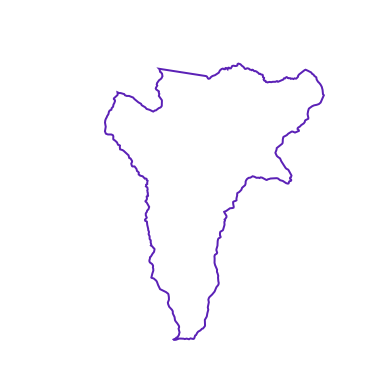 outline of El Águila, Valle del Cauca, Colombia, rotated 195°
{"feature_id": "7082276B1381167873192", "entity_name": "El Águila", "entity_type": "district", "adm_level": 2, "iso_a3": "COL", "parent_name": "Colombia", "parent_adm1": "Valle del Cauca", "projection": "orthographic", "projection_center": [-76.062, 4.938], "detail": "fine", "context": "isolated", "style": "outline", "palette": "violet", "viewbox_px": 384, "rotation_deg": 195, "n_neighbors": 0, "source": "geoboundaries", "source_scale": "gbopen_adm2", "svg_char_len": 6084}
<svg xmlns="http://www.w3.org/2000/svg" viewBox="0 0 384 384"><g transform="rotate(195 192 192)"><path d="M171.6,44.8L171.1,44.5L169.3,45.1L166.6,47.0L165.4,47.4L162.2,48.1L160.9,48.1L159.2,49.0L156.8,49.0L155.6,50.2L153.4,50.3L152.5,50.5L152.0,51.1L151.8,54.2L151.0,55.0L150.6,57.1L149.9,58.7L148.1,60.5L147.0,62.4L146.0,63.1L144.9,65.6L144.9,66.6L146.5,71.8L145.5,75.5L145.8,78.8L145.8,82.4L146.9,84.7L147.2,89.9L148.3,92.1L148.3,93.8L147.9,95.1L146.0,98.2L144.4,101.7L143.8,106.3L142.6,109.0L142.5,110.1L142.7,111.2L143.5,112.7L144.7,116.1L145.0,117.9L146.3,120.1L147.1,121.1L147.4,121.9L147.7,123.5L150.8,127.4L151.9,129.4L152.9,133.5L153.7,135.8L153.6,137.2L152.1,139.0L152.0,139.9L153.4,142.1L153.6,143.0L153.5,146.7L154.5,151.3L154.6,153.2L154.3,154.1L153.2,155.1L152.7,155.9L153.0,156.6L153.6,157.1L153.9,157.9L154.3,159.3L154.4,160.5L154.2,161.1L152.5,162.8L152.2,163.4L152.1,168.7L153.0,171.5L152.7,172.9L153.4,173.9L152.8,174.7L152.2,176.8L152.6,177.9L155.6,180.8L155.8,181.2L154.1,182.5L151.1,186.1L148.5,187.1L147.8,187.7L147.9,188.6L149.1,191.1L149.7,192.9L149.3,193.6L147.5,194.8L146.9,195.5L147.4,197.4L147.5,200.5L147.9,201.7L147.9,202.7L146.4,204.2L145.3,206.1L144.9,206.9L144.7,209.1L142.5,212.3L142.4,213.8L142.9,216.1L142.7,217.4L142.2,218.8L141.0,220.3L139.3,221.0L137.5,222.9L135.6,222.9L133.5,222.4L131.6,223.0L130.3,223.0L129.7,223.8L129.1,223.9L128.0,224.0L123.3,222.9L122.6,223.2L122.1,223.8L119.5,225.4L113.7,227.3L112.5,227.3L109.9,226.2L107.2,226.2L103.3,224.9L101.7,224.9L101.0,225.2L100.9,225.5L100.9,226.9L100.6,227.7L99.6,228.1L99.2,228.8L99.5,229.7L100.6,230.1L100.9,230.6L100.9,231.4L100.2,232.1L100.2,233.7L104.3,238.0L105.0,238.5L106.9,238.9L108.0,239.6L113.7,244.8L115.6,247.2L118.3,248.2L119.5,248.9L121.5,251.3L121.6,251.6L121.3,254.6L121.5,256.4L117.5,261.8L117.2,262.6L117.3,263.7L117.9,266.3L118.0,268.5L117.8,269.0L115.2,271.4L114.1,273.3L111.4,276.1L110.3,276.4L107.9,276.1L104.6,278.6L104.7,279.2L106.4,280.2L106.4,281.1L106.1,281.7L104.6,283.3L103.9,284.8L101.8,287.2L101.2,288.7L101.3,289.9L101.0,290.7L98.7,292.8L98.8,293.7L100.5,297.1L100.8,300.3L100.7,302.8L98.1,306.0L96.5,307.3L94.1,308.5L92.2,309.8L90.9,311.7L89.7,319.6L90.8,320.4L92.3,324.4L93.9,327.2L95.7,329.1L97.8,330.6L98.7,331.0L100.7,332.9L101.6,334.9L104.0,335.9L105.1,336.9L106.3,337.1L107.8,338.3L111.4,339.1L113.9,339.5L114.8,338.8L119.1,333.1L119.6,331.6L119.4,330.8L120.5,328.7L120.9,328.4L122.4,328.3L123.2,327.4L124.8,327.5L125.8,326.9L126.4,327.3L126.9,327.3L127.6,327.0L128.1,327.1L128.3,326.9L129.0,326.9L130.2,327.5L131.4,326.5L131.6,325.8L132.6,325.5L132.9,324.3L137.3,320.8L137.7,320.7L138.6,321.1L140.0,320.0L142.4,319.4L143.9,318.6L145.6,318.4L147.5,317.4L147.8,317.5L149.0,317.4L149.8,318.4L150.6,318.2L151.3,318.5L152.0,319.4L151.8,320.2L151.9,320.9L153.2,321.4L153.8,323.1L154.2,323.5L155.7,323.4L156.7,323.8L157.6,323.4L158.9,324.3L159.9,324.5L160.6,325.0L162.1,325.2L162.9,324.9L163.5,325.0L164.7,325.7L165.3,325.7L165.8,325.1L166.7,325.3L167.8,325.2L169.0,325.8L170.3,325.9L171.2,325.5L171.9,324.8L172.8,324.7L174.7,326.2L176.6,326.9L177.8,327.7L178.7,328.0L180.5,328.0L181.1,327.3L181.0,325.9L181.7,325.3L183.0,324.8L184.4,324.8L185.7,324.2L186.5,321.5L187.5,321.2L188.1,321.5L188.5,321.1L188.7,321.5L189.0,321.5L189.6,320.8L189.5,319.8L191.0,320.6L191.4,320.6L191.8,320.3L191.9,319.2L192.9,318.9L194.1,319.2L195.3,318.4L196.5,316.6L197.0,314.2L200.0,310.8L202.3,309.3L203.5,307.8L204.1,306.4L205.1,305.7L205.9,305.8L207.4,307.3L208.5,307.6L255.7,302.5L254.9,302.0L254.6,301.1L253.9,299.8L252.7,299.5L252.2,298.9L251.6,298.6L250.5,296.2L250.9,294.0L251.6,292.8L252.7,291.5L253.9,288.3L253.9,286.7L253.1,285.8L253.8,283.4L253.8,282.6L253.1,281.8L250.0,280.6L249.8,279.3L249.0,278.4L248.9,276.2L245.1,273.1L244.7,272.5L243.5,267.4L243.8,266.4L244.3,265.5L245.8,264.4L248.0,261.5L249.0,261.1L250.2,259.7L250.8,259.7L254.2,260.4L257.4,260.5L259.1,261.7L263.0,262.8L264.1,264.0L266.9,264.7L271.7,266.9L273.3,268.0L277.6,268.5L279.9,267.9L281.8,268.1L282.8,269.0L286.5,269.1L288.1,268.7L289.8,269.0L289.1,267.4L289.1,266.3L291.7,262.2L291.5,261.5L290.2,260.7L289.9,259.9L290.1,257.6L290.5,256.1L290.3,254.0L291.3,252.1L291.2,250.6L292.6,249.4L293.0,248.0L292.9,245.5L293.7,243.0L293.7,241.9L294.1,240.8L294.3,238.8L294.0,236.5L292.2,232.7L291.8,228.1L290.5,226.3L290.1,226.0L288.3,225.8L284.6,226.7L283.0,226.3L282.4,225.4L281.8,222.9L281.5,222.4L279.5,221.7L277.3,220.5L275.7,218.5L274.0,218.4L273.6,218.2L273.4,216.8L272.5,214.6L270.0,214.5L268.7,214.1L262.8,211.0L261.5,208.7L261.2,208.5L260.3,208.6L259.5,208.0L257.9,206.4L257.7,205.6L258.0,203.6L257.3,202.4L256.5,201.4L255.8,201.3L254.4,201.8L253.9,201.7L251.6,199.9L250.6,198.1L249.3,197.6L248.4,197.0L248.2,195.5L248.0,195.1L247.1,194.9L246.9,194.6L246.4,194.4L243.7,194.4L241.0,192.7L240.2,193.1L239.2,192.8L238.7,191.7L237.8,191.4L237.7,189.5L237.3,188.1L238.2,187.2L237.9,186.2L238.0,185.5L236.3,184.8L235.5,183.0L235.6,181.8L235.2,181.3L235.0,180.4L234.3,179.5L234.2,178.3L233.8,177.9L233.5,177.2L233.6,176.5L234.4,176.3L234.6,175.9L233.7,173.6L233.9,172.5L234.6,171.1L234.2,170.6L233.1,170.2L229.5,166.5L229.6,164.1L230.5,162.4L230.5,161.0L231.1,159.4L230.6,157.5L229.1,155.6L229.2,155.0L230.2,153.3L230.2,152.8L229.6,152.0L228.3,151.9L227.9,151.7L226.7,148.6L224.8,145.1L224.4,143.8L223.5,142.8L223.1,141.8L223.1,140.7L222.9,139.9L221.5,138.3L220.8,135.8L220.4,135.3L219.5,134.8L219.1,134.0L219.0,132.9L217.7,130.5L217.9,129.7L216.3,129.2L214.9,128.1L213.8,127.6L213.4,127.1L213.2,125.1L213.3,123.9L214.0,122.5L215.0,119.0L215.7,118.1L215.4,116.6L215.5,115.2L215.3,114.2L214.5,113.1L211.9,112.1L210.7,111.0L210.4,110.3L210.2,108.8L209.6,107.9L209.0,106.0L209.2,102.9L209.1,98.8L208.6,98.6L206.7,98.6L203.6,97.1L202.5,96.0L200.7,93.4L197.7,89.9L191.2,88.6L188.8,87.6L188.3,87.1L187.1,84.4L186.4,81.9L186.7,79.0L186.1,77.6L184.3,75.2L181.0,73.1L180.1,72.3L179.6,71.5L179.1,69.7L176.5,66.7L175.3,63.9L174.4,62.9L172.2,61.3L170.1,59.4L169.6,58.6L169.4,57.7L169.6,56.5L167.7,53.2L167.7,50.2L168.4,48.1L169.3,47.4L170.0,46.2L171.6,44.8Z" fill="none" stroke="#5b21b6" stroke-width="2"/></g></svg>